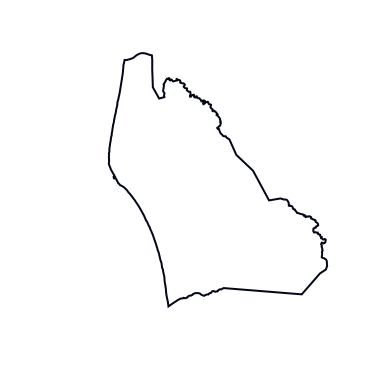 Rangárþing eystra, Suðurland, Iceland, rotated 55°
{"feature_id": "244011B21062297179388", "entity_name": "Rangárþing eystra", "entity_type": "district", "adm_level": 2, "iso_a3": "ISL", "parent_name": "Iceland", "parent_adm1": "Suðurland", "projection": "orthographic", "projection_center": [-19.715, 63.654], "detail": "fine", "context": "isolated", "style": "outline", "palette": "ink", "viewbox_px": 384, "rotation_deg": 55, "n_neighbors": 0, "source": "geoboundaries", "source_scale": "gbopen_adm2", "svg_char_len": 5994}
<svg xmlns="http://www.w3.org/2000/svg" viewBox="0 0 384 384"><g transform="rotate(55 192 192)"><path d="M289.0,221.0L338.8,160.8L332.1,133.8L332.3,126.7L332.1,126.4L330.8,124.8L330.1,123.7L328.7,123.0L326.3,121.4L325.1,121.0L324.1,121.0L322.1,121.8L320.4,123.1L320.0,123.2L318.8,122.2L317.8,121.2L316.5,120.3L315.7,120.0L315.4,119.7L315.0,118.7L314.7,118.5L313.8,118.4L313.2,117.8L312.8,117.6L311.1,117.2L310.6,116.6L310.1,116.2L308.9,116.2L308.0,115.0L307.9,114.8L308.4,114.2L309.5,113.8L309.7,113.4L309.7,112.8L309.6,112.5L309.8,112.1L309.8,111.9L308.4,110.3L308.1,110.2L307.7,109.8L307.0,110.0L306.5,110.4L306.5,111.3L306.2,111.8L304.6,112.1L304.1,112.7L303.6,112.7L303.3,111.9L303.1,111.6L302.4,112.1L301.6,112.2L300.5,111.6L300.1,112.1L298.9,112.4L298.7,112.8L298.2,112.7L297.4,112.3L296.6,113.4L295.8,113.8L295.3,115.1L295.0,115.3L293.2,114.9L292.8,114.3L291.7,113.6L291.8,112.4L291.6,112.1L292.0,111.7L292.2,111.2L292.1,110.8L291.6,110.3L291.4,110.0L291.4,109.8L291.7,109.0L291.8,108.5L291.7,107.8L291.5,107.6L291.0,107.5L290.9,107.3L290.4,107.1L289.3,107.1L287.4,107.8L286.8,107.7L286.4,107.2L286.0,107.2L285.3,107.4L285.1,107.8L284.1,108.2L283.3,108.9L282.6,109.1L282.2,109.5L281.4,109.5L280.9,108.9L279.4,109.5L279.2,109.7L278.8,110.9L277.7,112.1L277.7,112.6L278.0,112.8L277.9,113.2L277.8,113.3L277.1,113.4L276.4,112.9L276.1,112.9L275.9,113.0L276.1,113.8L275.6,114.0L275.2,113.9L274.9,113.4L274.7,113.5L273.6,114.5L273.0,114.8L272.6,115.3L271.9,116.0L271.3,116.2L270.1,117.2L269.6,117.8L269.3,117.7L268.8,117.9L268.2,117.8L267.4,118.0L266.6,117.9L266.2,118.1L265.5,117.8L265.0,118.0L264.7,118.3L264.0,118.8L263.5,118.5L263.0,118.6L261.5,118.2L260.6,118.5L260.1,119.1L259.5,119.3L259.4,119.4L259.5,119.8L259.3,120.2L258.8,120.5L258.6,120.3L258.5,120.0L257.4,119.8L256.4,119.0L256.0,118.9L253.6,118.7L252.7,118.9L251.8,119.7L250.7,121.2L250.0,121.8L248.4,122.8L247.9,123.5L243.1,133.7L209.6,129.8L187.0,134.4L170.4,131.2L167.2,132.5L165.8,132.4L165.5,132.7L165.2,132.9L164.8,133.7L163.8,134.4L162.6,134.4L160.4,134.9L160.0,134.8L158.8,134.7L155.8,133.8L155.1,134.7L154.6,134.8L153.9,134.5L153.8,134.2L154.0,133.1L153.8,132.3L153.7,130.8L152.7,129.7L152.2,128.9L151.6,128.8L151.2,128.4L150.3,127.9L150.0,127.9L150.0,128.1L149.4,127.6L148.8,127.6L148.4,127.2L147.1,127.0L145.2,127.1L144.4,127.4L143.9,127.3L143.1,127.6L143.0,126.5L142.0,126.7L141.1,126.5L140.1,126.7L139.5,127.0L138.4,127.0L138.0,128.0L137.9,128.5L137.3,128.7L136.8,128.5L136.3,127.8L136.1,127.7L134.3,128.3L133.3,128.3L132.8,128.1L132.5,127.7L132.0,126.8L131.4,126.4L131.0,126.5L130.0,127.6L129.1,127.7L127.5,127.2L127.1,127.4L126.9,127.6L126.9,128.4L126.4,129.0L126.4,129.3L126.7,130.9L126.7,131.6L126.8,131.9L126.6,132.3L125.9,132.2L125.1,131.0L125.1,130.6L125.6,129.9L125.6,129.6L125.3,129.3L124.6,129.2L124.1,129.5L123.5,130.2L123.4,130.6L123.4,131.9L123.2,132.3L122.9,132.3L121.6,131.9L120.8,132.2L119.6,132.1L119.3,132.3L118.5,133.4L118.2,133.5L117.4,133.5L116.7,133.2L116.4,133.2L116.2,133.4L116.2,133.7L116.6,134.1L116.7,134.5L116.6,135.0L115.9,135.6L115.0,135.6L114.0,134.7L113.3,134.8L113.1,135.1L112.7,136.8L112.9,137.5L113.2,137.7L113.3,138.0L113.1,138.5L112.8,138.9L111.9,138.4L111.6,138.1L111.3,137.4L111.1,137.2L110.0,136.4L109.0,136.1L108.7,136.1L108.1,137.1L107.6,137.4L105.7,137.8L104.3,136.7L104.0,136.9L103.3,137.8L102.4,138.3L101.3,138.5L100.7,138.2L100.5,137.1L100.3,136.6L99.7,136.2L99.1,136.3L98.4,136.5L98.1,136.7L97.5,137.5L95.6,138.9L95.1,138.7L94.7,138.0L93.8,137.8L93.0,138.2L92.2,139.0L90.8,139.5L90.7,139.9L90.9,140.0L91.6,140.1L92.0,140.3L91.9,140.6L91.4,141.8L90.8,143.6L90.4,144.1L90.1,144.1L88.2,144.3L88.0,144.5L88.2,145.8L87.8,146.1L87.1,146.1L86.2,145.4L85.7,145.4L85.4,145.8L85.3,146.3L85.7,146.9L84.9,147.6L85.5,149.2L86.0,150.0L87.6,153.6L88.5,153.7L92.7,157.8L95.4,157.9L96.0,158.7L96.9,159.5L97.4,159.8L98.4,160.2L96.6,165.3L83.8,164.0L68.5,154.1L61.0,148.8L57.1,146.5L55.3,148.1L52.1,150.4L50.7,151.8L49.6,153.3L49.1,154.1L48.5,156.2L48.2,158.3L48.2,159.9L48.4,162.8L48.3,164.0L48.0,165.1L47.1,168.0L46.6,169.3L46.1,170.3L45.2,171.5L49.3,175.9L50.5,176.7L52.8,178.8L53.3,179.1L56.0,181.5L68.9,194.0L71.2,196.4L72.2,197.6L74.1,199.5L75.8,201.7L77.2,202.7L79.3,204.8L80.9,206.7L82.2,207.9L84.4,210.2L85.1,211.2L87.5,213.5L87.7,213.9L90.3,216.3L91.5,217.8L95.4,221.6L96.6,222.6L98.0,224.2L98.4,224.4L99.6,225.4L100.7,226.8L102.1,228.2L103.1,228.9L105.2,231.2L106.3,232.1L109.3,235.0L110.5,235.7L111.6,236.6L113.2,238.3L114.9,239.2L115.5,240.0L116.8,240.6L118.6,241.9L119.1,242.1L120.8,243.7L122.5,244.4L125.2,245.0L127.0,245.5L134.1,246.2L134.3,246.3L134.4,247.3L135.0,248.2L134.6,247.3L134.5,247.0L134.5,246.4L134.7,246.5L135.5,246.3L136.6,246.7L136.5,247.1L136.4,247.4L135.9,248.0L136.0,248.1L136.4,247.7L136.6,247.4L136.7,246.8L136.9,246.7L138.1,246.7L142.4,247.3L143.7,247.0L145.2,247.0L145.6,246.6L148.8,245.1L153.4,244.2L155.1,244.3L158.5,243.9L165.6,243.6L173.5,243.8L180.8,244.5L184.6,245.0L186.6,245.5L187.9,245.6L188.5,245.9L190.7,245.9L195.2,246.8L197.0,246.9L197.5,247.2L204.4,248.6L213.7,251.3L217.1,252.4L218.0,252.6L219.8,253.4L222.5,254.0L229.9,257.0L232.7,257.7L236.8,259.9L238.5,260.2L241.0,261.4L246.0,263.5L249.7,265.8L254.6,268.0L254.8,268.3L256.6,269.1L259.4,270.8L262.7,272.5L268.2,274.8L272.2,276.9L272.2,271.2L272.3,269.3L272.4,265.3L272.6,263.8L272.8,262.4L273.9,260.3L273.9,259.5L274.9,258.8L275.4,258.0L275.5,257.3L275.7,256.6L275.4,256.0L275.5,255.2L275.3,254.8L275.3,253.9L275.4,253.6L276.1,252.7L276.3,252.2L276.2,251.7L276.5,251.0L276.5,250.8L276.3,250.1L276.2,249.8L276.3,249.3L276.5,248.3L276.6,247.5L278.6,244.6L279.6,243.8L280.7,243.6L283.0,242.4L284.0,241.6L283.9,240.6L284.1,240.2L284.3,239.6L284.4,238.9L284.7,238.1L285.1,237.7L285.3,237.4L285.1,236.9L285.2,235.9L285.0,235.6L285.1,235.0L285.4,234.5L285.5,233.9L284.9,232.2L285.4,231.3L287.1,230.1L287.5,228.8L287.7,228.6L288.0,228.1L287.7,227.5L287.8,226.8L287.6,226.4L287.6,225.2L287.9,224.7L288.6,223.9L288.6,222.3L289.0,221.0Z" fill="none" stroke="#020617" stroke-width="2"/></g></svg>